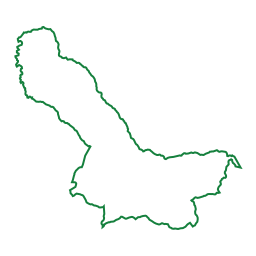 Divinópolis do Tocantins, Tocantins, Brazil (Robinson projection)
{"feature_id": "56859067B58082992267774", "entity_name": "Divinópolis do Tocantins", "entity_type": "district", "adm_level": 2, "iso_a3": "BRA", "parent_name": "Brazil", "parent_adm1": "Tocantins", "projection": "robinson", "projection_center": [-49.348, -9.64], "detail": "fine", "context": "isolated", "style": "outline", "palette": "green", "viewbox_px": 256, "rotation_deg": 0, "n_neighbors": 0, "source": "geoboundaries", "source_scale": "gbopen_adm2", "svg_char_len": 5721}
<svg xmlns="http://www.w3.org/2000/svg" viewBox="0 0 256 256"><path d="M17.8,38.8L17.9,39.9L18.5,41.8L19.8,41.0L20.6,41.0L21.9,42.2L22.1,43.5L21.6,44.9L19.3,45.6L18.5,46.3L17.3,46.8L17.3,47.7L19.0,49.7L16.9,50.9L16.9,52.5L18.7,53.6L18.5,55.3L15.4,56.2L15.5,57.1L16.0,57.9L16.9,58.8L17.0,60.1L18.0,60.8L18.0,61.8L16.1,64.6L16.4,65.8L16.9,66.6L19.1,65.0L21.0,66.1L21.8,66.9L22.0,68.4L21.0,68.9L20.6,70.7L21.1,71.7L22.1,72.3L22.4,73.9L21.7,74.7L20.9,74.7L20.3,75.4L20.7,77.3L19.9,78.2L20.2,79.1L20.9,79.9L20.4,82.0L21.0,83.0L22.5,82.0L23.3,82.7L23.5,83.6L23.0,84.7L24.3,87.8L25.1,88.1L25.3,89.0L25.0,89.8L25.7,91.4L25.4,94.0L25.9,95.0L27.0,95.4L27.4,97.6L28.5,97.8L29.2,96.7L30.0,96.6L31.0,97.5L32.1,97.4L32.0,98.6L32.9,98.9L33.7,99.4L36.2,101.6L38.6,101.8L40.7,101.6L41.6,102.0L42.8,101.9L46.0,104.4L49.6,105.6L50.5,106.5L51.6,106.9L52.6,106.8L53.6,107.4L54.0,108.2L54.6,108.8L55.6,110.3L57.2,111.5L57.9,112.4L58.0,114.0L58.9,117.0L59.1,118.3L60.2,119.8L61.6,121.3L62.6,121.0L63.9,121.4L64.5,122.5L65.7,123.0L67.5,123.1L68.2,123.9L69.0,124.1L69.7,125.1L73.5,127.9L74.5,129.5L75.2,130.3L76.4,130.7L77.0,131.5L78.9,135.3L79.5,135.9L80.3,138.0L81.3,139.3L82.2,140.3L83.9,141.2L84.6,142.9L85.4,144.0L88.5,146.3L89.6,146.0L90.4,146.5L85.2,155.7L82.9,164.6L81.8,167.2L80.8,167.2L79.5,167.5L78.3,168.3L77.5,169.2L75.9,170.7L74.4,173.5L74.4,174.6L74.0,175.5L72.8,180.2L72.0,182.2L74.9,182.3L75.6,182.6L76.2,183.4L76.1,184.6L75.4,186.9L70.0,190.2L70.4,191.3L70.6,193.3L72.1,194.8L72.8,196.1L73.9,195.7L75.3,194.4L76.6,193.6L80.2,194.3L81.4,194.9L82.6,195.2L83.5,196.1L85.6,199.8L86.6,202.4L88.6,203.6L90.5,204.4L91.9,204.2L94.1,205.5L95.5,205.6L98.1,206.5L99.0,207.3L100.0,207.5L103.2,207.1L103.8,206.4L104.3,214.0L103.9,215.3L103.7,216.4L104.1,218.0L103.8,219.5L103.3,220.4L102.0,221.5L101.6,222.3L101.5,223.7L102.8,225.5L102.6,227.1L103.5,226.4L104.1,225.5L104.1,224.5L105.3,223.9L106.2,223.2L108.9,222.2L109.7,222.3L110.6,221.8L113.7,221.5L116.3,219.8L117.9,219.3L119.6,218.4L121.1,216.7L122.2,216.8L125.5,218.7L126.3,218.7L129.2,217.5L131.7,216.9L132.6,217.0L134.2,217.9L135.6,219.2L138.1,217.2L140.1,217.1L140.9,216.6L143.0,216.0L145.5,215.7L146.3,216.0L146.9,216.6L147.6,217.4L148.5,218.1L149.0,219.1L149.6,219.8L151.9,221.1L154.5,222.9L155.3,223.2L156.0,223.6L159.0,224.5L160.1,224.2L162.0,223.2L164.4,224.1L165.5,223.9L167.9,224.2L169.4,227.2L171.4,228.0L172.1,228.6L174.0,228.8L174.9,228.5L178.1,229.0L180.6,228.3L182.9,228.1L185.5,226.7L187.3,224.6L188.2,223.9L190.0,222.8L192.8,226.5L193.6,225.9L194.9,225.4L195.5,224.4L195.8,223.6L197.3,221.8L197.7,219.5L197.7,218.3L197.6,217.4L196.7,215.4L195.8,214.7L195.3,213.7L195.1,211.7L195.8,209.1L195.1,205.9L194.3,204.9L194.1,203.1L193.7,202.0L192.9,201.4L192.0,201.1L191.4,200.4L193.3,199.2L194.6,197.8L195.6,197.3L197.5,197.9L199.2,197.6L203.1,196.4L204.1,195.8L204.9,195.9L206.7,195.0L207.2,194.4L208.0,194.1L210.0,194.0L211.2,194.1L212.3,194.0L214.7,194.4L215.5,194.3L216.7,192.8L218.6,192.9L219.6,192.6L218.3,190.6L217.9,189.2L218.2,188.1L218.8,186.8L220.8,184.6L220.8,183.2L220.2,181.9L220.7,180.9L221.5,180.1L221.9,179.0L222.8,178.6L223.6,177.7L225.4,177.8L226.0,177.0L226.1,176.0L225.9,175.2L224.8,173.1L224.9,171.9L225.9,170.3L226.4,166.9L228.6,164.5L228.6,163.1L228.4,162.0L228.6,161.0L229.2,160.2L230.2,159.9L231.1,159.3L232.1,159.9L232.2,161.1L232.9,162.9L233.8,163.5L235.2,165.1L235.5,166.4L240.6,167.6L234.4,156.6L233.3,156.2L232.2,155.4L231.6,156.1L230.0,155.4L229.1,155.6L228.1,156.2L227.2,155.9L227.2,154.8L226.9,153.6L226.4,152.6L225.7,151.9L221.9,151.3L220.7,151.4L219.7,151.8L218.5,151.5L217.6,150.6L216.9,150.2L213.1,151.5L211.9,151.4L211.0,151.7L209.9,151.7L209.1,152.5L205.8,153.7L203.6,155.0L201.3,154.7L200.3,154.9L197.4,153.0L194.9,152.4L193.3,153.0L192.3,152.9L191.3,152.5L188.3,153.5L186.5,153.7L185.6,153.7L185.0,153.2L183.9,153.3L182.0,154.8L181.5,155.6L180.7,155.7L179.9,155.4L173.5,156.9L169.7,157.3L167.7,157.9L165.9,159.1L165.2,159.0L164.4,158.4L164.1,157.1L163.4,156.2L162.5,155.7L161.1,155.7L160.0,154.7L159.2,154.6L158.2,155.0L157.0,155.0L154.9,154.1L153.4,153.1L151.9,151.7L150.5,150.6L149.9,149.9L147.7,149.6L146.6,150.0L145.7,150.1L144.9,150.5L144.1,151.2L143.2,151.4L142.7,150.6L141.9,150.0L141.0,149.5L140.2,149.4L139.4,149.0L138.7,147.2L137.7,145.6L137.1,144.8L136.2,144.3L135.6,143.5L134.0,140.1L133.3,139.1L131.0,137.9L130.7,136.7L130.5,135.4L130.1,134.4L129.9,133.4L127.7,131.1L128.1,129.0L127.6,128.3L127.5,127.2L126.2,124.4L125.8,123.2L124.8,122.7L124.2,121.2L123.4,120.6L123.1,119.6L122.5,119.1L121.4,119.1L120.6,118.6L119.8,117.6L119.0,115.0L118.4,113.6L117.8,112.7L117.1,112.2L116.5,111.2L115.3,110.0L114.9,109.0L114.0,108.4L113.1,108.2L112.5,107.7L111.8,106.5L110.9,105.8L109.4,105.1L107.7,103.6L106.8,103.5L106.0,102.6L105.0,100.4L103.3,99.6L102.9,98.6L101.9,97.8L101.5,97.1L101.4,95.7L101.7,94.4L101.5,93.2L100.7,92.5L99.7,92.5L98.6,92.2L97.0,90.6L96.6,89.4L96.7,87.3L96.3,86.5L96.3,84.6L96.2,83.6L95.8,82.6L95.2,81.7L94.7,79.2L93.7,77.5L92.9,76.5L91.4,75.4L90.1,73.4L89.2,72.4L88.8,71.1L87.2,69.6L86.2,67.7L85.2,67.2L84.2,67.3L83.3,66.8L82.8,66.0L82.0,65.6L80.8,64.3L80.0,63.9L79.5,63.1L78.7,62.8L76.7,62.9L75.5,61.7L72.7,60.2L72.5,59.4L69.6,59.3L67.8,59.7L67.2,59.1L66.1,57.5L63.9,58.2L62.9,58.0L62.1,57.8L61.4,56.8L60.1,56.4L59.0,55.6L58.9,54.7L59.1,52.8L59.4,51.9L59.4,50.9L58.3,48.7L58.1,47.3L58.6,44.4L58.1,43.0L57.1,41.6L56.1,41.1L55.7,39.7L55.6,38.0L54.8,35.8L54.4,34.1L53.5,32.2L52.0,31.1L50.4,29.1L48.8,29.3L46.7,28.8L45.6,28.5L44.4,27.8L43.6,27.0L42.4,27.2L41.7,28.7L40.6,28.7L38.7,29.1L37.7,29.7L33.5,29.6L31.5,30.6L31.2,31.6L30.1,31.9L28.3,31.6L27.3,31.9L26.7,32.6L25.8,32.3L24.7,32.7L23.8,32.5L23.4,33.4L20.8,36.8L20.0,37.3L19.1,37.3L18.6,38.1L17.8,38.8Z" fill="none" stroke="#15803d" stroke-width="2"/></svg>